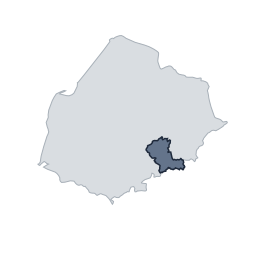 where Silesian sits in Poland, rotated 305°
{"feature_id": "POL-3146", "entity_name": "Silesian", "entity_type": "Voivodeship", "adm_level": 1, "iso_a3": "POL", "parent_name": "Poland", "parent_adm1": "", "projection": "mercator", "projection_center": [18.978, 50.212], "detail": "fine", "context": "in_parent", "style": "filled", "palette": "slate", "viewbox_px": 256, "rotation_deg": 305, "n_neighbors": 0, "source": "natural_earth", "source_scale": "10m", "svg_char_len": 5945}
<svg xmlns="http://www.w3.org/2000/svg" viewBox="0 0 256 256"><g transform="rotate(305 128 128)"><path d="M202.4,141.6L203.3,143.4L203.6,144.8L203.2,145.9L203.4,147.1L206.7,151.9L207.9,155.5L208.7,156.8L210.5,158.6L210.7,159.3L209.9,160.0L208.9,160.3L208.6,160.9L209.7,162.5L210.5,165.3L210.4,167.6L209.8,168.1L209.0,169.5L208.5,170.7L204.1,171.6L203.1,172.9L200.7,175.4L199.1,176.8L196.7,179.4L192.9,183.9L187.5,191.4L186.5,193.2L186.7,194.6L187.7,197.9L187.9,199.4L187.7,200.7L187.4,202.0L187.5,202.5L189.8,204.8L189.9,205.3L189.7,205.9L189.2,206.3L187.4,205.8L185.4,204.9L184.7,205.0L183.6,204.8L179.1,203.0L176.1,201.5L175.8,200.6L175.2,199.3L174.0,198.1L171.0,197.2L169.8,196.4L165.0,196.0L162.9,195.9L161.5,196.3L160.5,196.2L159.2,198.2L158.3,198.8L157.0,198.9L155.9,198.5L154.7,197.5L152.8,196.9L151.5,197.2L150.5,196.9L149.6,196.9L149.3,197.1L148.6,197.1L147.6,197.6L146.5,198.3L145.3,198.8L144.4,200.0L143.6,202.3L141.2,201.2L140.5,201.7L139.4,202.0L138.6,201.7L138.8,200.9L139.1,200.0L139.1,198.8L138.9,197.4L138.2,197.0L137.1,196.8L136.5,196.5L136.4,196.1L135.9,195.5L134.9,194.0L134.0,192.2L133.4,191.7L132.5,192.5L131.1,193.5L130.2,193.9L128.5,196.7L125.5,196.8L125.3,195.5L125.0,194.2L123.3,193.9L123.2,193.1L122.9,191.2L119.3,187.5L118.9,186.0L119.1,185.4L118.8,184.4L118.0,183.8L115.3,183.1L114.5,183.5L113.9,183.1L112.9,182.2L111.1,181.5L110.9,181.1L110.3,180.5L110.0,180.4L109.7,180.8L109.2,181.3L107.4,182.0L106.7,181.8L106.0,181.2L105.3,179.9L104.2,178.7L103.3,178.3L102.8,177.7L102.7,177.3L104.7,176.3L105.1,175.4L104.8,173.6L104.6,173.4L103.8,174.0L102.1,174.5L100.6,174.7L99.8,174.7L95.4,171.5L92.6,170.5L90.9,170.3L90.7,170.6L91.5,172.4L92.8,174.6L92.7,175.2L90.3,176.5L89.2,177.3L88.4,178.3L87.6,178.8L86.9,178.7L86.2,178.2L84.4,174.9L82.2,172.4L81.9,171.8L81.2,171.7L80.2,171.1L79.8,170.3L80.3,169.5L81.0,168.8L82.3,168.4L82.6,167.9L82.8,167.3L83.3,166.4L83.2,166.1L82.3,165.2L81.0,164.3L77.4,165.0L76.5,165.5L75.9,164.8L75.5,163.9L74.6,163.7L73.3,162.9L71.9,162.1L70.4,161.9L67.5,160.7L66.3,160.6L65.6,160.2L65.0,159.3L64.4,158.3L64.1,156.4L61.9,155.5L59.7,154.9L59.5,155.2L59.6,157.2L59.5,158.3L58.0,158.9L56.6,159.0L56.7,158.6L58.4,155.0L59.2,152.8L60.0,148.6L59.0,145.3L58.7,143.7L58.2,143.0L55.2,141.4L55.0,140.8L55.4,138.6L55.2,137.7L54.5,136.7L53.5,134.8L53.2,133.1L54.4,131.2L55.2,127.8L55.7,126.4L54.9,125.7L54.7,124.6L54.9,123.0L54.5,121.9L53.4,121.1L52.7,120.2L52.4,118.9L52.6,117.0L53.5,114.3L51.7,111.1L47.4,107.4L45.3,104.8L45.5,103.3L46.4,101.9L48.1,100.7L49.3,98.5L50.0,95.9L50.1,93.6L48.1,86.0L47.8,84.1L47.5,81.2L51.3,82.8L52.9,83.7L52.7,82.7L52.3,81.8L52.6,80.5L52.5,78.5L49.0,77.5L46.7,77.2L46.5,75.8L46.7,75.0L47.3,75.5L49.6,75.7L55.1,73.0L64.5,69.6L74.7,66.4L77.1,66.0L79.4,65.3L80.3,64.1L81.2,63.3L82.6,61.2L85.6,57.8L91.0,56.6L93.0,55.0L97.3,52.8L106.9,50.3L110.9,49.8L114.8,49.7L118.4,51.7L122.1,54.1L122.7,55.6L120.7,54.6L117.8,52.5L116.7,52.4L119.2,59.0L120.6,61.3L123.3,63.1L125.7,63.7L132.8,62.6L135.3,61.2L136.1,60.5L136.7,60.9L146.1,61.6L178.6,63.4L187.9,63.6L188.5,63.5L189.4,62.3L190.6,62.5L192.0,63.2L192.6,63.7L192.9,64.3L193.0,65.0L193.8,65.1L195.2,65.6L197.0,66.8L198.5,67.9L199.9,69.5L200.3,71.3L200.4,73.4L200.3,74.7L202.3,84.8L205.4,93.9L206.6,98.3L207.0,100.7L207.4,104.0L207.5,106.4L207.5,107.7L207.3,109.6L206.3,110.6L200.3,113.7L199.2,114.7L197.4,117.1L195.7,119.5L195.3,120.4L195.2,120.9L195.6,121.7L197.8,123.0L199.9,124.1L200.7,124.9L202.3,125.9L202.8,126.8L203.2,127.6L203.1,129.4L202.4,131.9L202.7,133.8L202.0,135.0L201.4,136.4L201.3,138.9L202.4,141.6Z" fill="#d9dde1" stroke="#a8b0b8" stroke-width="1"/><path d="M133.5,191.6L133.4,191.5L133.2,191.7L131.8,193.3L131.7,193.4L131.4,193.5L130.8,193.5L130.4,193.6L130.2,193.7L129.9,194.0L129.7,194.3L129.4,195.2L129.5,195.2L129.5,195.3L129.5,195.5L129.4,195.6L129.2,195.6L129.1,196.1L129.0,196.4L128.9,196.6L128.4,196.8L128.0,196.9L127.8,196.9L127.7,196.8L127.3,196.6L127.2,196.5L126.8,196.6L126.2,197.0L125.8,197.0L125.4,197.0L125.3,196.7L125.4,195.8L125.4,195.5L125.3,195.1L125.3,194.8L125.4,194.3L124.9,194.0L123.3,193.9L123.4,193.5L123.3,192.9L123.1,191.8L123.0,191.6L122.8,191.2L122.7,190.9L122.6,190.0L122.6,189.8L122.3,189.7L122.0,189.7L121.8,189.8L121.5,189.8L121.3,189.7L121.0,189.3L120.8,189.1L120.6,189.1L120.0,189.0L119.8,188.9L119.7,188.7L119.6,187.9L119.2,187.1L118.9,186.3L118.9,185.7L119.3,185.1L118.9,184.9L118.8,184.6L118.9,184.2L118.8,183.7L118.5,183.6L117.9,184.0L117.5,184.0L116.2,183.3L115.6,183.1L114.9,183.2L115.0,183.2L114.6,183.6L114.3,183.7L114.0,183.4L113.9,183.3L113.8,182.9L113.7,182.7L113.1,182.5L112.9,182.4L112.4,181.9L112.2,181.8L111.1,181.6L110.9,181.4L111.0,180.9L110.0,180.2L109.8,180.2L109.8,179.8L110.8,177.8L112.9,177.4L113.9,176.6L115.5,175.9L115.7,175.1L115.7,173.8L115.4,170.5L115.6,169.9L115.9,169.9L116.3,169.7L116.3,169.2L116.1,168.8L116.3,168.2L116.8,168.1L119.2,168.1L119.1,167.1L118.5,166.6L118.0,166.2L117.5,165.6L117.2,164.6L117.6,163.5L117.9,161.9L118.4,160.9L119.7,160.1L119.8,159.2L119.6,158.7L119.4,158.1L119.6,157.7L119.8,157.4L120.4,155.4L121.2,155.0L123.5,154.9L124.1,154.7L124.6,154.3L125.2,154.4L125.7,154.9L127.8,156.1L128.9,156.3L130.2,156.3L130.8,155.8L131.9,156.0L132.9,156.9L134.5,159.4L135.0,159.6L136.7,159.5L138.5,160.4L139.9,160.7L140.1,160.8L140.2,161.1L140.2,161.4L140.1,161.6L139.0,161.8L138.3,163.0L138.8,163.5L140.1,163.9L140.6,164.3L141.1,165.4L141.9,166.3L141.2,166.4L140.1,167.4L139.7,168.1L140.3,168.4L141.4,168.6L141.9,168.8L142.0,169.3L142.1,169.8L140.0,171.1L139.4,171.2L138.5,171.1L137.6,171.3L136.1,172.4L135.7,172.5L135.3,172.5L134.4,172.0L133.9,172.6L133.5,173.6L132.7,174.6L131.6,174.4L131.1,174.8L132.0,175.7L132.8,176.8L128.8,181.2L128.5,181.8L128.1,182.5L127.9,183.4L128.3,183.8L128.7,183.9L129.0,184.3L129.1,185.2L129.6,186.1L130.4,186.4L130.8,187.0L131.0,187.8L131.5,188.3L132.2,188.6L133.3,188.8L133.2,189.5L133.0,190.0L132.8,190.6L133.0,191.0L133.4,191.3L133.5,191.6Z" fill="#64748b" stroke="#1e293b" stroke-width="1.5"/></g></svg>